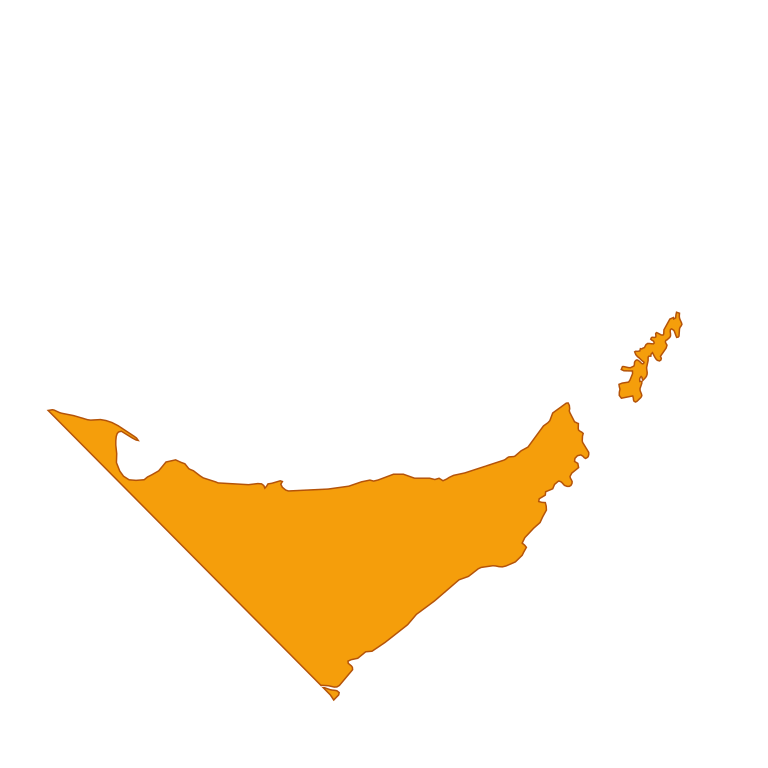 an SVG outline of Tierra del Fuego, rotated 315°
{"feature_id": "ARG-1272", "entity_name": "Tierra del Fuego", "entity_type": "National Territory", "adm_level": 1, "iso_a3": "ARG", "parent_name": "Argentina", "parent_adm1": "", "projection": "mercator", "projection_center": [-65.869, -53.846], "detail": "fine", "context": "isolated", "style": "filled", "palette": "amber", "viewbox_px": 768, "rotation_deg": 315, "n_neighbors": 0, "source": "natural_earth", "source_scale": "10m", "svg_char_len": 4373}
<svg xmlns="http://www.w3.org/2000/svg" viewBox="0 0 768 768"><g transform="rotate(315 384 384)"><path d="M126.3,552.8L126.5,503.2L126.6,453.9L126.8,405.0L127.0,356.4L127.2,308.1L127.4,260.2L127.6,212.5L127.8,165.2L131.3,167.7L132.3,169.2L134.4,174.9L135.3,176.6L142.2,186.9L149.1,199.6L151.0,202.1L158.4,208.7L161.6,213.3L164.4,218.9L166.5,225.5L170.4,244.5L170.8,247.2L170.3,250.1L169.1,248.3L167.9,244.5L164.9,231.7L162.3,230.2L160.2,230.4L157.5,231.8L154.2,234.5L151.1,237.6L145.7,244.3L139.2,250.4L135.6,258.7L134.6,265.0L136.0,271.5L140.5,276.8L146.7,282.1L151.0,282.5L155.9,284.1L163.3,286.1L174.7,285.0L183.0,290.3L185.1,296.0L186.8,299.6L186.1,305.8L186.5,307.2L187.9,310.6L189.0,318.9L189.8,322.6L195.8,334.3L196.7,336.6L217.0,359.4L224.4,365.2L226.8,368.0L227.2,370.8L226.1,373.4L228.9,373.2L231.3,372.6L234.5,374.9L242.2,379.1L243.2,381.1L240.2,381.9L239.1,385.1L239.5,389.5L240.8,392.1L270.1,418.7L286.9,431.4L299.0,437.3L306.1,442.0L308.0,445.3L311.9,447.7L326.9,454.5L333.9,461.5L339.0,472.2L349.6,482.8L352.4,487.5L356.3,489.6L357.3,494.1L361.0,495.5L364.2,496.2L368.6,497.8L378.2,504.0L414.9,522.6L416.4,523.1L419.3,523.4L420.8,523.9L424.5,527.1L425.6,527.6L433.8,528.2L441.2,530.4L467.1,526.4L472.5,527.3L475.3,527.2L482.8,523.8L499.3,526.4L500.8,527.6L499.9,530.2L497.8,532.8L496.0,534.0L495.2,535.6L492.0,545.5L492.4,546.4L493.0,548.4L493.5,549.4L489.9,552.8L489.0,554.2L489.2,555.9L489.8,558.0L489.9,559.8L487.5,561.2L484.1,564.3L483.2,565.6L480.4,577.1L479.1,578.5L477.5,579.5L476.2,579.8L473.9,579.2L473.5,577.7L473.6,575.7L473.0,573.3L470.1,571.5L466.4,571.6L464.0,573.5L464.9,577.2L462.5,580.7L453.8,579.8L450.1,580.9L449.2,582.4L448.7,584.3L448.0,586.1L446.5,587.3L444.4,587.9L442.6,587.4L441.1,585.9L440.0,583.5L439.9,582.6L440.1,579.9L440.0,578.4L439.5,577.2L439.0,576.2L437.6,575.9L435.7,575.8L433.6,575.6L429.2,577.4L422.1,574.5L419.5,576.6L412.6,574.9L410.3,576.5L411.9,579.3L414.2,581.9L412.3,585.1L409.7,588.0L402.4,590.1L396.4,592.3L387.9,591.8L375.0,592.2L369.2,594.2L369.5,597.3L369.2,600.2L363.5,601.8L360.7,602.8L351.1,602.7L341.5,598.9L338.4,597.0L336.1,594.4L334.3,591.6L332.5,589.5L323.0,582.4L320.0,581.3L307.8,579.8L298.6,575.5L266.3,573.1L244.1,569.8L230.5,570.9L202.2,567.5L186.6,564.5L181.7,560.4L171.5,559.4L165.8,555.7L162.6,554.5L161.2,556.2L161.6,560.4L161.3,562.0L159.8,563.8L139.3,565.6L136.5,564.9L134.5,563.1L131.3,558.0L126.9,553.0L126.3,552.8ZM634.9,542.9L637.0,543.5L639.4,541.5L641.6,540.1L643.0,542.9L640.8,544.8L639.9,545.9L639.0,547.4L637.6,551.2L636.8,552.5L635.3,553.0L633.3,553.3L631.9,554.0L626.5,558.7L625.3,558.9L623.9,558.0L624.6,556.3L626.5,552.2L626.9,551.1L626.4,548.4L625.1,548.0L623.5,549.2L622.1,551.1L620.6,552.6L619.0,553.1L615.1,552.9L614.7,552.6L614.1,552.5L613.0,553.0L612.4,553.8L612.0,554.9L611.8,556.0L611.5,556.7L608.9,558.1L599.0,559.9L598.3,561.9L596.8,562.8L595.1,562.5L594.0,560.5L594.0,558.5L594.6,556.0L596.0,551.7L594.1,551.7L593.3,552.2L592.4,553.0L590.9,551.6L589.7,551.8L587.3,554.2L581.4,558.0L580.3,559.2L578.3,561.9L577.0,563.1L575.3,564.0L573.5,564.4L569.7,564.5L570.0,563.7L570.2,563.1L570.5,562.5L571.1,561.9L571.1,560.5L569.9,560.6L568.7,561.0L567.7,561.8L566.7,563.1L567.2,563.4L568.1,564.5L566.8,565.8L561.7,568.3L560.4,569.8L558.9,573.3L558.0,574.6L556.1,575.2L550.6,575.1L549.1,574.6L548.6,573.0L549.2,571.6L550.4,570.2L551.4,568.3L541.8,561.9L542.3,558.4L544.6,556.2L547.2,554.5L548.4,552.4L549.9,550.4L553.1,551.8L558.3,555.6L560.6,555.2L567.0,552.5L568.9,550.5L563.0,544.3L562.0,541.5L564.9,540.3L565.8,541.1L568.4,545.2L569.7,546.7L573.4,548.0L574.5,547.5L576.5,545.8L577.4,545.5L578.3,545.4L579.4,545.5L580.3,546.4L580.7,548.7L580.7,551.5L581.1,552.6L581.8,553.0L583.1,552.7L583.3,551.8L583.0,550.6L582.9,549.4L582.9,546.3L582.6,543.8L582.8,541.3L584.0,538.5L585.0,538.7L586.5,540.3L588.3,541.5L590.3,540.3L590.8,541.2L591.2,541.5L591.8,541.5L592.4,541.7L593.9,542.4L597.1,541.4L599.0,541.7L600.3,543.0L601.6,544.7L602.9,546.1L604.1,546.1L604.9,544.3L604.4,542.4L604.3,540.9L606.0,540.3L606.8,540.7L608.3,542.5L609.3,542.9L610.2,542.4L611.0,541.3L611.8,540.4L613.0,540.3L613.5,541.3L614.8,545.5L615.9,546.7L617.2,546.4L620.3,543.6L632.1,540.2L635.7,541.7L634.9,542.9ZM125.0,571.9L126.2,565.9L126.3,555.8L127.3,556.9L129.7,561.9L130.8,563.6L132.8,566.1L133.8,567.6L134.1,570.5L132.1,571.8L125.0,571.9Z" fill="#f59e0b" stroke="#b45309" stroke-width="1.5"/></g></svg>